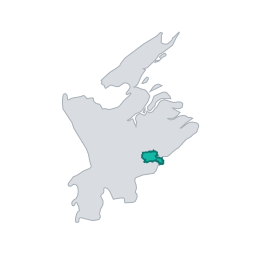 location of Jhenaidah, Khulna, Bangladesh, rotated 241°
{"feature_id": "16705992B77509092527129", "entity_name": "Jhenaidah", "entity_type": "district", "adm_level": 2, "iso_a3": "BGD", "parent_name": "Bangladesh", "parent_adm1": "Khulna", "projection": "albers", "projection_center": [89.072, 23.495], "detail": "fine", "context": "in_parent", "style": "filled", "palette": "teal", "viewbox_px": 256, "rotation_deg": 241, "n_neighbors": 0, "source": "geoboundaries", "source_scale": "gbopen_adm2", "svg_char_len": 7630}
<svg xmlns="http://www.w3.org/2000/svg" viewBox="0 0 256 256"><g transform="rotate(241 128 128)"><path d="M89.9,179.0L89.8,173.2L86.0,161.9L86.2,160.6L85.4,155.1L84.5,152.1L84.0,148.9L86.3,144.2L85.4,143.5L80.3,142.1L79.7,140.9L80.8,136.3L77.2,132.0L75.8,128.7L79.7,118.3L80.7,111.1L80.4,109.7L78.0,108.1L73.9,107.4L70.9,106.0L69.2,104.0L67.8,103.1L66.0,103.7L63.7,102.9L61.8,100.9L60.2,98.4L60.8,95.7L63.9,89.3L65.0,89.1L67.6,90.4L68.6,90.4L70.3,87.9L72.8,80.7L81.1,81.3L83.1,81.1L85.2,80.5L86.4,79.6L87.0,78.5L86.8,77.5L84.2,76.1L83.2,75.1L82.5,72.2L81.8,71.1L76.7,70.9L74.1,69.6L72.7,68.4L70.2,64.5L67.0,61.6L64.0,60.9L62.9,59.9L62.2,58.4L62.6,56.3L64.2,52.1L72.5,43.2L72.7,42.2L72.4,41.1L70.0,39.6L69.8,38.9L70.5,37.0L71.9,36.8L74.7,38.5L77.6,41.3L79.3,43.8L79.4,45.7L81.6,46.1L83.5,47.0L85.5,46.7L86.7,47.2L87.6,47.0L87.9,45.9L86.2,43.1L87.0,41.9L88.9,42.0L90.3,43.0L91.3,45.2L91.5,48.5L93.7,51.6L96.7,53.8L99.0,54.8L101.7,55.5L104.1,54.8L105.3,52.6L104.7,50.7L105.1,49.0L106.1,48.1L107.5,48.1L108.7,49.5L111.9,56.8L111.3,60.0L112.0,68.9L111.2,74.7L111.8,76.9L112.3,77.3L117.2,78.4L124.3,80.7L129.8,81.5L154.3,80.5L159.7,81.6L176.0,80.4L180.5,82.2L185.5,85.1L188.2,87.3L188.8,88.6L188.5,89.7L187.6,90.3L185.9,90.4L182.0,89.0L181.4,89.5L181.4,93.0L178.4,101.8L178.1,104.6L177.0,105.6L173.7,106.3L171.7,111.4L170.8,112.1L168.6,111.0L167.3,111.2L165.7,111.7L164.0,112.9L162.9,114.4L161.6,114.9L157.0,114.9L156.1,117.3L153.1,120.5L151.2,128.8L151.4,131.3L154.0,137.8L156.0,146.3L156.7,147.2L157.5,147.3L157.5,143.4L158.4,142.8L159.4,143.3L161.7,148.5L163.0,149.8L164.9,150.2L167.1,149.3L168.7,147.7L169.3,146.1L168.7,140.3L169.7,138.0L173.4,134.4L173.9,133.3L173.5,127.6L174.9,127.4L176.9,127.8L179.2,126.3L180.0,126.3L181.0,127.7L182.7,127.5L185.5,138.8L185.9,146.9L186.6,151.3L187.6,152.3L190.6,159.0L193.9,182.5L194.5,197.5L195.8,202.6L194.9,203.8L194.0,204.0L193.1,202.3L186.8,198.6L185.3,199.0L183.2,201.3L182.4,203.3L182.9,206.2L183.6,209.0L185.1,210.6L185.3,212.4L187.1,219.1L186.6,219.2L183.1,213.1L178.9,207.2L177.3,196.4L177.1,191.0L174.2,184.8L171.4,173.9L172.4,170.0L170.5,171.7L167.3,165.2L162.4,158.8L161.0,156.0L160.9,153.2L158.9,156.1L156.1,158.1L153.3,161.1L151.4,162.0L145.4,162.6L141.8,158.7L136.7,149.1L136.1,146.9L136.7,141.2L135.4,135.9L135.0,131.2L134.1,131.6L133.8,132.9L134.0,134.9L133.7,136.6L125.3,135.6L128.9,138.3L132.7,139.0L134.8,141.5L134.9,145.7L131.2,148.3L131.5,150.4L133.7,153.0L131.1,153.7L130.4,155.4L130.4,157.9L132.3,161.6L132.0,163.0L135.2,167.8L135.8,170.2L135.1,173.5L128.2,180.2L126.3,185.0L124.6,187.2L122.5,187.6L119.9,185.4L119.9,183.1L120.4,181.3L123.9,176.8L122.0,177.4L116.4,181.1L115.3,178.2L114.6,175.4L114.6,172.1L117.3,167.0L114.2,169.5L113.4,172.7L113.8,176.4L113.4,179.0L112.2,182.4L110.6,184.4L108.0,185.8L106.9,187.8L105.1,189.3L104.5,182.4L102.5,173.2L102.1,175.1L103.1,180.9L103.1,184.6L101.7,187.6L98.8,190.8L96.6,191.2L95.2,190.7L91.1,186.0L90.7,181.4L89.9,179.0ZM140.6,178.8L135.5,180.0L132.9,179.6L137.7,171.3L137.5,167.5L136.7,164.5L134.2,162.1L134.1,160.3L132.9,158.0L132.3,155.2L135.1,154.3L137.3,155.8L138.1,159.0L139.2,161.4L143.2,166.2L143.1,169.2L142.2,176.5L140.6,178.8ZM151.6,175.9L148.5,178.2L149.3,165.0L151.7,169.9L152.3,172.5L151.6,175.9ZM163.4,169.2L162.1,170.1L160.8,169.3L159.1,166.3L159.8,162.3L160.3,161.8L162.4,165.7L163.4,169.2ZM175.5,196.7L173.7,196.9L172.8,195.9L173.2,194.6L172.6,190.4L174.9,189.9L175.8,193.4L175.5,196.7ZM173.3,184.8L172.0,189.1L171.5,187.2L172.3,183.4L173.3,184.8ZM136.3,151.1L136.9,152.5L134.0,150.7L133.2,149.5L134.5,148.8L136.3,151.1Z" fill="#d9dde1" stroke="#a8b0b8" stroke-width="1"/><path d="M81.5,138.4L81.5,138.5L81.3,138.7L81.0,138.7L80.9,138.9L81.0,139.0L80.8,139.1L80.6,138.9L80.6,139.0L80.8,139.3L80.6,139.4L80.6,139.8L80.9,139.7L81.1,140.0L80.9,140.4L80.8,140.5L80.6,140.4L80.5,140.2L80.4,140.0L80.4,140.5L80.2,140.7L80.0,140.4L79.8,140.5L79.8,140.4L80.0,140.3L79.9,140.2L79.5,140.6L79.5,140.9L79.8,140.9L80.0,141.1L79.9,141.3L80.0,141.4L80.3,141.5L80.2,142.1L80.3,142.1L80.6,142.3L81.2,142.5L81.3,142.5L81.4,142.3L81.6,142.4L81.9,142.7L81.8,142.8L81.7,142.8L81.8,143.0L82.0,143.1L82.3,143.2L82.6,143.2L82.9,143.1L82.8,142.9L82.7,142.8L82.7,142.6L82.8,142.3L82.8,142.2L83.3,142.4L83.2,142.6L83.6,142.4L83.7,142.6L83.8,142.8L84.0,142.8L84.1,142.7L84.3,142.7L84.3,142.8L84.3,142.7L84.7,142.7L84.7,142.8L85.0,142.9L85.1,143.0L85.1,142.8L85.2,142.4L85.3,142.3L85.7,142.4L85.8,142.2L85.7,142.1L85.6,141.9L85.7,142.0L85.8,141.8L85.9,141.6L85.8,141.4L85.7,141.5L85.7,141.4L85.4,141.3L85.9,141.3L86.1,141.4L86.4,141.2L86.6,141.1L86.8,141.1L87.0,141.1L87.3,141.0L87.4,140.8L87.4,140.7L87.2,140.5L87.4,140.3L87.3,140.0L87.2,139.9L87.2,139.7L87.4,139.7L87.8,139.3L88.5,139.2L88.5,139.3L88.9,139.2L89.3,139.0L89.4,138.9L89.1,138.9L89.1,138.7L88.9,138.7L88.7,138.5L88.8,138.5L89.0,138.5L89.0,138.4L89.3,138.3L89.6,138.4L89.5,138.7L89.9,138.8L90.0,138.7L90.1,138.8L90.3,138.7L90.3,138.8L90.4,139.0L90.1,139.2L90.1,139.3L89.9,139.5L90.2,139.8L90.3,140.2L89.9,140.4L89.6,140.7L89.7,140.9L90.1,140.5L90.4,140.4L90.6,140.3L91.0,140.5L91.3,140.8L91.4,140.7L91.5,140.8L91.5,141.1L91.8,141.3L92.2,141.5L92.2,141.4L92.6,141.4L92.6,141.1L93.0,141.2L93.3,141.1L93.3,140.9L93.8,141.0L94.0,141.0L94.1,140.9L94.4,140.6L94.4,140.4L94.5,139.8L94.6,140.1L94.8,140.0L94.8,139.9L95.0,139.9L95.4,139.8L95.5,139.7L95.4,139.4L95.2,139.2L95.4,139.2L95.5,139.3L95.8,139.3L95.7,139.2L95.7,138.8L95.8,138.7L95.9,138.4L95.7,138.2L95.5,137.7L95.6,137.4L95.8,137.3L96.0,137.2L95.8,137.0L96.0,136.8L96.2,136.7L96.3,136.6L96.1,136.5L96.0,136.4L95.8,136.4L95.8,136.2L96.0,136.2L96.4,136.3L96.4,136.2L96.6,136.3L96.8,136.0L97.0,135.9L96.9,135.9L97.0,135.9L97.0,135.7L97.2,135.4L97.3,135.3L97.3,134.9L97.2,134.5L97.0,134.4L97.1,134.2L97.3,134.2L97.2,133.9L97.3,133.7L97.2,133.4L97.3,133.1L97.5,132.9L97.5,132.6L97.8,132.2L98.1,132.1L98.4,131.8L98.4,131.5L98.4,131.2L98.5,130.7L98.7,130.2L98.8,130.1L98.7,130.0L98.7,129.9L98.8,129.9L98.9,129.6L99.0,129.6L99.3,129.1L99.2,129.1L99.0,128.9L98.8,128.9L98.6,128.9L98.5,128.6L98.1,128.2L97.7,127.9L97.7,127.7L97.8,127.6L97.7,127.5L97.5,127.4L97.4,127.3L97.4,127.0L97.4,126.9L97.0,126.8L96.6,126.8L96.4,126.6L96.1,126.6L95.9,126.2L95.7,125.9L95.4,126.0L95.2,126.0L94.9,126.0L94.6,126.1L94.4,126.3L94.3,126.5L94.1,126.6L93.9,126.5L93.7,126.4L93.6,126.5L93.4,126.5L93.2,126.7L93.2,126.8L93.0,127.0L92.6,127.2L92.3,127.2L92.1,127.3L91.9,127.5L92.0,127.9L91.8,128.1L91.7,128.0L91.6,127.7L91.7,127.4L91.8,127.2L91.8,126.9L91.6,126.8L91.4,127.1L91.2,127.1L91.1,126.6L90.8,126.5L90.8,126.1L90.4,126.2L90.4,125.7L90.1,125.7L89.9,125.9L89.9,126.1L90.1,126.4L90.2,126.9L90.5,127.0L90.1,127.4L89.9,127.3L89.7,127.1L89.5,127.3L89.9,127.5L89.5,128.2L89.3,128.2L89.1,128.1L88.9,127.9L88.9,127.7L88.7,127.7L88.6,128.2L88.6,128.6L88.5,128.9L88.7,129.3L88.6,129.8L88.6,130.0L88.7,130.3L88.5,130.5L88.5,131.0L88.0,131.5L87.9,131.7L87.9,132.0L88.0,132.1L87.9,132.2L87.8,132.4L87.7,132.5L87.7,132.8L87.2,132.6L86.8,132.6L86.6,132.8L86.5,133.1L86.4,133.3L86.5,133.4L86.8,133.7L86.8,133.9L86.7,134.2L86.8,134.9L86.6,135.1L86.5,135.3L86.5,135.5L86.3,135.5L86.3,135.9L86.0,136.1L86.5,136.1L86.8,136.3L86.7,136.5L86.5,136.4L86.4,136.5L86.5,136.6L86.4,136.8L86.5,136.9L86.5,137.1L86.1,137.1L86.0,136.9L85.9,136.9L85.8,137.0L86.0,137.1L85.9,137.3L85.6,137.3L85.3,137.1L85.2,137.2L85.1,137.3L85.0,137.2L84.8,137.3L84.7,137.5L84.7,137.8L84.4,138.0L84.1,138.3L84.2,138.1L84.1,138.3L83.9,138.1L83.7,138.1L83.6,137.9L83.5,138.0L83.3,138.3L83.0,138.0L83.0,137.9L82.9,137.9L82.7,138.1L82.5,138.4L82.4,138.4L82.2,138.2L81.7,138.6L81.9,138.3L81.8,138.2L81.6,138.4L81.6,138.5L81.5,138.4Z" fill="#14b8a6" stroke="#0f766e" stroke-width="1.5"/></g></svg>